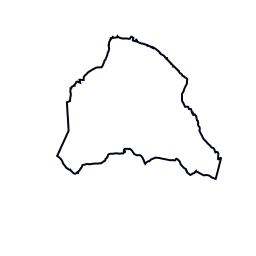 Naranjal, Veracruz, Mexico, rotated 151°
{"feature_id": "50627088B92429931973873", "entity_name": "Naranjal", "entity_type": "district", "adm_level": 2, "iso_a3": "MEX", "parent_name": "Mexico", "parent_adm1": "Veracruz", "projection": "natural_earth1", "projection_center": [-96.958, 18.798], "detail": "fine", "context": "isolated", "style": "outline", "palette": "ink", "viewbox_px": 256, "rotation_deg": 151, "n_neighbors": 0, "source": "geoboundaries", "source_scale": "gbopen_adm2", "svg_char_len": 4756}
<svg xmlns="http://www.w3.org/2000/svg" viewBox="0 0 256 256"><g transform="rotate(151 128 128)"><path d="M197.5,114.7L196.5,113.7L195.6,113.6L194.8,113.4L194.0,113.8L193.3,113.0L193.2,113.1L192.9,113.5L192.8,114.0L191.3,114.3L189.5,115.3L189.2,115.3L188.3,115.9L187.5,116.2L186.3,117.2L185.9,117.6L185.5,117.5L184.9,117.4L184.0,117.1L183.0,116.8L182.4,116.7L181.5,116.4L181.1,116.3L180.2,115.8L180.0,115.6L179.4,114.9L179.1,114.8L178.0,114.6L177.3,114.2L177.0,114.0L175.9,113.8L175.2,113.3L174.8,113.2L173.3,112.5L172.5,112.0L171.7,111.5L171.0,111.3L170.1,111.0L169.9,110.8L168.7,110.4L168.6,110.2L168.2,110.2L167.2,110.4L166.7,110.4L166.3,110.4L165.8,110.4L165.3,110.6L163.7,110.6L162.9,111.5L162.7,111.8L161.7,112.0L160.4,112.6L160.2,112.4L158.3,114.2L157.4,114.4L155.6,113.9L154.7,113.4L154.3,113.0L153.1,112.6L150.5,111.6L149.1,110.5L148.3,109.9L145.9,108.8L145.4,108.4L144.5,108.2L143.1,108.6L142.3,108.5L141.9,109.1L142.9,109.7L142.1,110.9L141.0,111.2L140.7,111.2L140.2,111.0L139.6,110.5L138.5,110.1L137.4,109.0L136.5,108.9L135.7,107.3L135.6,107.0L135.4,104.7L135.3,103.9L135.2,103.1L135.2,102.3L134.6,101.4L133.8,100.3L133.5,99.8L131.5,99.0L130.0,97.4L129.9,96.2L129.7,94.4L129.8,92.9L130.0,92.8L129.8,92.0L130.1,91.1L130.3,90.3L130.3,89.3L130.3,88.3L128.9,89.0L127.1,89.1L126.7,89.2L125.4,88.6L123.3,89.3L123.1,89.3L118.8,88.8L118.5,88.8L115.2,86.7L113.1,84.7L109.7,81.9L106.3,79.0L105.1,78.6L104.3,78.1L104.2,78.0L103.3,77.4L103.0,77.1L102.7,77.0L102.4,76.9L102.0,77.0L101.5,77.3L101.1,77.6L100.8,77.6L100.5,77.6L100.0,77.0L99.7,76.2L99.4,75.2L99.1,74.1L99.1,73.0L99.6,70.9L98.8,67.3L98.5,66.1L97.2,63.7L97.8,62.7L97.4,61.4L97.5,61.0L97.9,60.6L96.8,57.9L96.4,56.8L94.5,56.6L93.7,56.9L91.8,56.4L89.3,57.4L89.3,56.7L88.2,55.3L87.5,54.2L86.1,51.9L84.6,49.8L82.3,48.9L81.4,48.3L80.2,47.2L79.6,46.2L79.1,45.2L78.9,44.3L76.0,41.0L74.3,42.7L71.8,45.3L69.2,48.1L67.7,49.6L65.0,52.6L63.3,54.3L61.8,56.0L61.3,56.5L61.7,57.0L63.0,56.8L63.9,56.6L64.3,57.0L63.8,57.9L63.3,58.7L62.8,59.8L62.0,60.8L61.4,61.8L61.3,62.7L61.4,63.6L61.9,64.1L62.0,64.1L62.8,64.0L63.4,64.2L63.4,65.1L63.2,66.2L62.9,66.9L62.8,68.3L63.0,68.7L63.4,69.4L64.1,70.2L64.3,70.6L64.6,71.4L64.7,72.5L64.9,73.3L65.5,74.8L66.7,80.1L67.2,81.1L67.0,88.9L66.8,91.1L66.2,91.7L65.5,92.6L65.1,93.8L65.1,94.9L65.4,96.1L65.0,97.4L64.3,98.0L63.7,99.8L63.5,100.6L63.9,101.4L63.5,102.6L63.0,104.4L62.6,105.1L63.1,107.6L63.9,107.6L64.6,107.8L63.9,110.1L64.6,110.2L64.2,111.8L64.0,112.6L63.8,114.1L65.5,115.0L65.1,117.3L65.9,117.8L67.8,119.0L67.6,121.9L67.5,123.3L67.5,123.7L67.6,125.5L65.2,130.0L64.3,131.5L63.0,132.4L61.7,133.1L59.5,135.2L57.3,136.7L54.9,138.3L54.7,138.8L53.4,140.8L52.5,142.0L52.6,142.7L52.8,143.1L53.2,144.2L53.8,144.8L54.1,146.2L54.5,146.5L55.1,147.3L54.8,148.5L55.4,150.0L56.0,150.7L56.1,152.3L56.1,152.5L56.2,153.1L55.9,153.3L56.2,154.1L56.5,154.4L56.7,155.0L56.6,155.4L56.7,155.9L57.3,156.8L57.2,157.1L57.3,158.1L57.6,158.3L57.9,158.9L58.0,159.3L58.4,159.6L58.1,159.7L58.7,162.4L59.1,162.7L59.2,163.2L58.9,163.4L59.1,164.2L59.4,164.5L59.4,164.8L59.6,165.7L59.7,166.2L60.1,166.7L59.9,167.2L60.8,169.6L60.1,169.8L59.9,170.2L61.0,171.1L61.3,171.4L61.3,171.7L61.2,172.1L61.3,172.5L61.5,172.9L61.5,173.8L62.0,174.5L62.7,175.7L63.0,176.2L63.4,176.6L63.6,177.3L63.8,178.1L63.5,178.3L63.7,178.9L63.9,179.9L64.6,181.8L65.5,183.8L66.8,186.2L67.4,186.9L67.7,186.2L69.6,189.4L71.1,190.4L70.8,191.2L71.5,191.7L73.7,194.2L75.7,195.8L78.4,199.4L77.7,200.2L78.0,201.3L79.4,200.7L79.7,200.4L80.2,200.9L81.3,202.3L79.6,204.4L80.9,206.3L83.2,205.2L84.1,205.6L85.5,206.8L87.2,207.7L87.8,208.1L89.6,209.0L91.7,211.1L92.0,211.6L92.3,212.2L92.7,212.9L92.7,213.4L93.7,212.8L93.8,212.6L97.2,214.0L97.2,214.6L97.2,215.0L99.9,213.9L99.6,214.4L99.7,214.7L103.3,211.7L104.4,209.9L104.6,210.0L104.7,209.8L105.3,208.8L105.9,206.7L107.9,204.4L109.1,203.8L110.7,201.9L112.4,200.5L114.3,198.9L115.6,198.5L118.3,196.1L119.5,195.3L120.9,194.2L121.8,194.0L122.7,194.4L124.9,195.6L126.4,196.2L131.1,196.3L134.3,196.1L135.2,196.2L138.5,195.2L140.2,194.8L141.6,194.3L142.5,193.2L142.8,192.6L143.2,192.1L143.5,191.9L143.6,191.6L143.9,191.8L144.2,191.9L146.2,193.2L146.6,193.5L147.1,193.7L147.9,190.8L150.1,193.3L151.0,193.2L151.7,192.7L152.2,192.5L153.0,192.0L154.2,191.6L154.2,190.9L155.4,191.2L157.0,191.3L157.5,191.1L158.0,190.5L158.8,190.6L158.8,190.3L159.3,190.1L159.5,189.6L160.9,187.7L161.2,186.1L162.3,184.2L163.6,182.7L165.7,179.7L169.0,180.1L169.8,178.4L172.1,173.6L173.4,170.9L175.1,167.3L177.2,162.8L179.0,159.2L181.3,154.3L184.6,151.9L186.6,150.4L190.4,147.6L194.5,144.6L197.7,142.2L199.6,140.8L203.5,137.9L203.1,137.2L202.0,134.3L201.5,131.6L202.0,128.2L201.6,126.0L201.3,123.8L201.3,123.2L200.0,120.7L199.3,119.7L198.7,119.6L198.7,118.8L197.5,114.7Z" fill="none" stroke="#020617" stroke-width="2"/></g></svg>